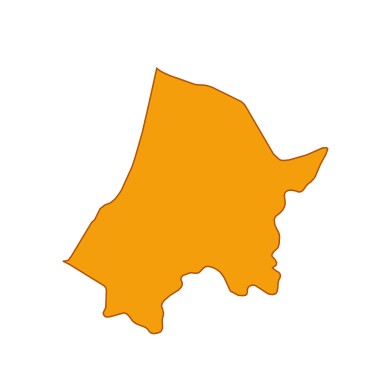 the border of Lambayeque, rotated 76°
{"feature_id": "PER-566", "entity_name": "Lambayeque", "entity_type": "Department", "adm_level": 1, "iso_a3": "PER", "parent_name": "Peru", "parent_adm1": "", "projection": "orthographic", "projection_center": [-79.581, -6.354], "detail": "fine", "context": "isolated", "style": "filled", "palette": "amber", "viewbox_px": 384, "rotation_deg": 76, "n_neighbors": 0, "source": "natural_earth", "source_scale": "10m", "svg_char_len": 2270}
<svg xmlns="http://www.w3.org/2000/svg" viewBox="0 0 384 384"><g transform="rotate(76 192 192)"><path d="M227.8,334.1L228.1,333.3L228.4,328.7L225.0,324.5L206.4,305.9L197.4,296.9L195.4,293.2L186.0,285.2L183.5,279.7L182.9,274.0L180.2,268.3L176.0,263.1L173.2,260.1L153.2,244.2L144.3,238.6L121.8,225.6L93.4,211.2L63.5,196.3L67.5,193.0L73.4,185.8L88.2,163.4L89.2,161.2L91.3,154.2L92.4,151.8L95.1,147.3L116.2,122.4L118.4,120.8L120.6,119.6L174.9,103.8L181.1,99.7L182.6,98.3L183.6,95.3L184.4,90.2L183.8,71.9L180.8,54.7L181.7,50.7L182.7,49.9L183.5,50.1L188.0,53.1L195.7,60.3L206.3,68.3L208.3,70.3L210.9,74.2L211.8,76.5L212.8,78.4L213.7,79.8L216.3,82.7L217.6,84.7L218.1,86.6L217.8,88.5L216.9,90.0L215.9,91.4L214.4,94.6L214.0,96.2L213.8,97.4L213.8,98.5L214.1,100.1L215.0,101.6L216.5,102.8L219.3,103.5L224.1,104.0L226.3,104.6L228.5,105.8L231.1,108.0L232.5,109.9L233.6,111.7L235.8,116.6L237.2,118.0L239.1,119.0L242.7,119.4L244.4,119.5L248.2,118.8L251.9,117.8L254.0,117.6L256.3,117.8L263.3,120.0L265.3,121.1L266.8,122.1L270.0,127.6L272.4,129.8L274.3,129.7L276.0,128.6L277.8,127.8L280.8,127.0L282.6,127.5L283.6,128.4L284.2,130.0L284.3,130.7L285.2,132.2L288.9,129.4L290.9,127.3L293.0,126.4L294.9,126.5L296.4,127.4L297.6,128.3L298.6,129.2L302.0,130.8L306.2,132.1L308.6,133.2L310.3,134.5L311.0,136.1L311.1,138.0L310.6,139.9L309.9,141.6L308.9,143.1L298.6,152.6L297.6,154.0L297.0,155.8L297.0,157.8L297.7,160.0L299.5,161.6L301.9,162.4L304.4,163.5L305.2,165.0L305.0,167.2L303.5,172.0L297.5,178.7L283.3,181.4L279.4,182.7L276.4,184.2L274.4,185.8L271.7,188.2L270.1,190.4L268.5,193.2L267.9,195.3L267.8,197.2L268.4,198.8L271.1,203.3L271.9,204.9L272.0,206.8L271.5,208.7L269.9,213.1L270.8,221.2L271.8,222.5L273.3,223.8L275.1,223.8L277.0,223.5L279.0,223.7L281.2,225.0L282.9,227.1L284.0,229.1L286.9,238.0L290.3,244.9L292.7,247.7L295.1,249.2L299.1,248.9L303.3,249.0L308.4,251.7L316.9,253.5L318.4,254.6L320.0,256.2L320.4,258.2L320.5,260.4L320.3,262.5L319.8,264.4L318.8,265.9L317.5,266.9L314.3,268.3L312.1,269.9L306.3,278.1L302.6,281.0L298.2,282.7L295.1,284.3L293.6,285.8L292.8,287.5L293.2,301.8L292.8,304.5L292.4,305.7L291.3,306.8L290.2,307.3L288.0,307.5L283.2,303.6L266.9,298.9L264.2,298.8L262.7,299.4L261.6,300.1L232.2,328.8L227.8,334.1Z" fill="#f59e0b" stroke="#b45309" stroke-width="1.5"/></g></svg>